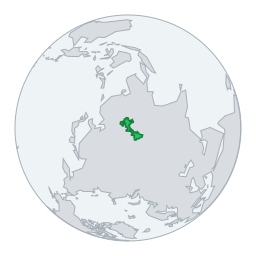 Gansu highlighted on a globe, orthographic projection, rotated 192°
{"feature_id": "CHN-1150", "entity_name": "Gansu", "entity_type": "Province", "adm_level": 1, "iso_a3": "CHN", "parent_name": "China", "parent_adm1": "", "projection": "orthographic", "projection_center": [103.309, 37.691], "detail": "medium", "context": "on_globe", "style": "filled", "palette": "green", "viewbox_px": 256, "rotation_deg": 192, "n_neighbors": 0, "source": "natural_earth", "source_scale": "10m", "svg_char_len": 12897}
<svg xmlns="http://www.w3.org/2000/svg" viewBox="0 0 256 256"><g transform="rotate(192 128 128)"><circle cx="128" cy="128" r="113" fill="#eef3f6" stroke="#a8b0b8"/><path d="M233.1,168.5L233.3,167.9L233.1,168.4L233.1,168.5ZM190.9,34.5L183.8,30.8L183.1,30.1L181.3,29.4L182.1,30.5L183.1,31.4L178.1,32.7L179.6,38.9L183.8,42.3L180.0,40.7L190.3,48.6L193.5,54.2L187.7,47.0L185.3,45.7L186.4,48.9L184.2,48.3L183.4,49.6L180.7,48.7L177.5,44.9L175.7,44.3L176.6,46.7L174.4,47.5L173.4,44.1L169.5,45.2L163.4,39.7L163.1,32.4L157.4,29.6L151.1,23.3L149.4,23.6L145.9,21.8L142.7,21.5L142.5,20.7L140.1,21.3L141.0,22.1L140.2,22.7L138.4,22.8L137.8,21.6L138.6,21.4L137.4,21.1L137.9,20.5L136.7,20.8L136.1,19.6L133.9,20.9L131.2,20.0L131.6,19.2L135.1,19.2L144.5,18.2L145.9,17.9L144.5,17.1L134.3,15.7L133.2,15.5L141.9,16.2L150.6,17.6L159.1,19.7L167.5,22.5L175.6,25.9L183.4,29.9L190.9,34.5ZM130.6,15.4L130.3,15.4L131.6,15.5L127.8,15.7L129.9,16.1L128.6,16.3L129.3,17.1L125.4,17.2L121.3,16.9L120.5,16.4L118.7,16.4L116.3,17.2L112.0,16.9L103.9,18.1L103.2,18.2L106.0,17.5L114.1,16.2L122.4,15.5L130.6,15.4ZM232.6,86.7L231.8,85.0L231.9,84.9L232.6,86.7ZM231.5,84.8L231.8,85.2L231.6,85.0L231.5,84.8ZM231.6,85.2L231.5,84.9L231.7,85.5L231.6,85.2ZM231.8,86.0L231.6,85.5L231.8,86.0ZM231.7,86.7L231.6,86.9L231.4,86.2L231.7,86.7ZM183.9,31.9L182.4,30.6L182.4,30.0L183.9,31.1L183.9,31.9ZM183.4,33.6L182.1,32.7L184.2,33.1L184.3,33.5L183.4,33.6ZM187.3,45.1L186.4,43.5L188.0,45.3L187.3,45.1ZM183.8,50.0L184.7,50.7L184.0,51.1L183.8,50.0ZM131.4,17.0L130.4,17.1L130.8,16.9L131.4,17.0ZM132.6,17.4L133.8,17.2L134.6,17.4L133.9,17.5L132.6,17.4ZM179.1,50.1L177.6,50.7L178.6,49.5L179.1,50.1ZM131.0,17.6L135.8,17.7L137.2,18.0L135.4,18.8L131.0,17.6ZM176.3,50.6L172.6,52.3L174.4,53.9L167.3,50.5L172.8,50.0L173.8,48.2L174.6,49.8L176.3,50.6ZM142.0,22.4L141.0,21.5L143.6,22.3L142.0,22.4ZM143.8,22.8L152.6,24.8L153.1,26.4L150.1,25.3L152.2,27.4L148.1,27.1L146.1,25.9L146.5,24.9L144.6,25.6L143.8,22.8ZM164.1,48.5L162.7,48.4L163.5,47.8L164.1,48.5ZM140.1,23.0L141.9,23.2L142.5,24.5L139.1,24.4L140.0,24.0L140.1,23.0ZM154.7,28.2L154.6,29.3L151.2,29.3L150.7,29.8L148.1,27.3L154.7,28.2ZM138.9,23.7L137.4,24.3L135.5,23.8L138.5,23.0L138.9,23.7ZM144.0,25.0L144.2,25.6L143.0,25.2L144.0,25.0ZM127.7,22.5L129.8,22.5L130.3,23.2L127.7,22.5ZM137.0,24.6L137.7,24.8L138.1,25.1L136.7,25.4L137.0,24.6ZM145.9,27.6L144.6,27.4L146.9,28.6L144.5,28.8L143.1,27.1L142.7,27.9L142.0,28.0L141.7,26.6L145.9,27.6ZM136.6,26.7L134.1,25.0L130.2,24.7L129.6,24.0L136.0,24.6L136.6,26.7ZM139.6,26.8L137.6,26.6L137.9,25.8L139.5,25.4L139.6,26.8ZM143.3,29.6L147.3,29.6L147.5,30.0L143.3,29.6ZM135.4,26.8L136.0,27.2L135.1,26.8L135.4,26.8ZM140.8,28.8L142.2,28.8L142.4,29.2L140.8,28.8ZM136.1,28.2L135.3,27.6L136.3,27.3L136.1,28.2ZM138.2,28.6L138.1,29.2L137.2,27.6L138.8,28.5L138.2,28.6ZM140.7,29.2L141.3,29.5L140.1,29.2L140.7,29.2ZM132.6,29.8L131.3,27.8L133.6,27.1L134.6,29.1L132.6,29.8ZM38.7,59.3L41.7,57.5L39.3,61.6L38.7,70.3L38.0,72.4L34.5,75.5L31.2,89.1L34.3,87.9L34.9,98.2L37.5,102.8L44.7,96.2L40.5,88.5L43.2,83.2L49.5,86.0L53.7,93.3L54.9,91.5L55.2,83.9L59.2,82.9L55.6,81.2L54.8,83.9L52.6,83.0L53.2,80.5L54.6,80.1L54.1,77.4L47.6,80.3L46.1,83.3L43.2,78.9L40.4,83.7L38.5,83.9L42.5,76.0L44.4,74.3L49.4,64.0L47.1,65.4L42.3,75.2L42.4,73.4L39.3,75.8L41.8,72.6L47.7,61.9L47.0,58.2L40.9,60.0L41.6,57.8L44.6,53.7L52.0,47.8L49.7,53.5L52.3,51.9L57.2,47.1L56.1,49.4L57.8,48.3L57.4,50.4L61.1,50.5L61.3,52.6L67.0,50.0L67.9,50.9L64.3,52.1L61.9,54.2L62.9,59.9L64.3,60.3L68.0,58.2L67.8,60.3L71.2,57.6L73.9,60.2L73.4,54.9L77.7,52.9L81.6,53.2L83.0,51.7L76.6,51.3L74.1,52.0L72.1,54.0L65.2,55.7L64.0,54.4L70.9,49.4L69.8,47.2L75.6,44.6L89.3,46.8L92.9,49.3L89.8,58.0L86.5,58.4L86.0,55.5L82.5,60.2L84.7,58.8L84.6,60.7L88.6,59.5L88.7,60.8L92.4,57.7L93.0,59.1L90.6,61.0L97.1,61.0L99.4,63.7L100.8,63.1L101.7,61.7L104.0,66.4L105.0,65.8L104.6,64.0L106.2,61.7L109.9,59.5L110.5,61.2L109.3,62.2L107.5,67.1L104.0,69.8L104.6,70.3L107.8,68.5L110.0,62.4L112.1,60.7L111.5,63.5L111.9,62.3L113.1,62.0L114.9,63.4L115.7,60.3L128.4,55.6L133.2,58.1L131.3,60.9L140.8,60.4L145.4,63.8L145.0,62.1L149.3,61.0L147.9,59.9L148.1,59.0L158.5,56.5L161.4,57.5L165.5,55.0L165.3,54.2L163.3,53.3L167.3,50.5L174.4,53.9L174.5,55.6L178.8,56.9L178.4,60.5L180.0,64.4L177.1,68.1L178.7,71.0L180.2,71.2L183.5,75.6L185.0,84.5L177.0,76.4L173.5,64.2L174.4,68.9L172.2,67.7L171.2,69.3L172.0,72.9L173.4,73.4L164.4,79.1L162.3,89.0L167.3,88.1L170.5,90.7L172.5,102.6L163.5,119.3L167.8,124.1L168.1,127.5L164.6,129.9L164.0,125.0L160.3,123.4L160.6,120.5L154.7,123.1L154.8,119.0L150.2,123.3L152.1,126.5L157.2,125.5L153.2,131.3L158.6,136.7L159.3,143.4L150.6,155.5L141.6,159.1L141.1,161.1L137.5,158.7L132.8,162.6L139.5,173.9L139.3,177.1L131.6,182.7L131.4,180.5L121.9,174.2L120.1,181.5L127.3,188.0L129.8,194.8L124.2,192.5L121.7,186.3L118.3,183.9L119.3,177.6L116.5,167.6L110.8,168.7L111.3,164.8L106.6,155.6L98.5,156.8L85.7,164.6L83.9,174.1L79.5,177.1L74.2,160.9L74.5,150.7L70.9,150.3L66.9,139.4L55.1,132.5L54.9,129.3L52.4,129.0L49.8,124.0L50.0,118.9L47.7,117.4L47.5,130.9L50.1,132.6L54.3,130.5L53.5,134.7L56.3,140.4L48.0,145.6L33.0,142.3L34.0,134.6L35.4,108.2L36.7,106.4L36.9,106.2L37.0,105.7L34.6,108.1L35.7,103.2L32.3,120.1L30.6,126.3L32.7,142.5L31.9,143.0L33.4,147.0L41.0,150.7L40.5,153.0L35.3,160.3L27.0,165.2L29.6,175.5L31.4,182.5L29.4,181.9L32.8,188.1L32.5,187.7L28.5,180.8L25.0,173.5L22.0,166.1L19.5,158.4L17.6,150.6L16.3,142.6L15.6,134.6L15.4,126.6L15.8,118.5L16.7,110.5L18.3,102.6L20.3,94.9L23.0,87.3L26.2,79.9L29.9,72.7L34.1,65.9L38.7,59.3ZM36.5,62.4L35.5,63.8L36.5,62.4ZM55.7,105.6L59.9,109.8L62.4,102.9L64.2,104.0L64.4,101.3L62.5,102.4L63.6,95.5L67.0,95.7L68.8,93.1L67.4,91.6L61.0,92.4L59.4,102.1L56.6,103.3L55.7,105.6ZM103.8,18.0L103.1,18.2L103.8,18.0ZM67.8,40.8L66.2,42.4L64.3,43.0L64.0,41.1L66.9,40.1L67.8,40.8ZM64.4,44.6L71.3,40.6L71.7,41.8L70.3,41.7L69.9,43.0L67.5,43.2L61.2,48.7L59.1,49.6L59.8,45.1L60.7,46.0L62.3,44.3L64.4,44.6ZM88.2,30.5L91.2,29.5L88.2,33.4L85.8,34.0L85.4,32.0L88.0,30.1L88.2,30.5ZM126.9,19.3L128.2,19.1L128.4,19.3L127.4,19.7L126.9,19.3ZM128.7,22.5L121.2,20.6L122.4,20.2L116.7,19.9L117.5,18.8L121.2,19.0L117.5,18.1L121.1,17.9L118.3,17.5L126.4,18.0L129.6,17.9L125.8,18.3L124.9,19.3L125.5,19.6L129.5,20.8L135.8,21.4L136.0,22.7L134.5,23.4L133.0,23.4L133.3,22.6L131.1,23.2L130.5,22.0L128.7,22.5ZM116.2,34.7L117.2,33.1L112.6,35.4L111.9,33.7L111.5,34.1L109.6,33.3L106.4,33.0L106.7,32.1L105.3,32.4L104.1,32.0L102.3,32.1L102.1,30.8L100.0,30.9L101.1,30.2L97.5,30.8L100.1,29.7L98.7,29.2L96.9,30.5L99.9,24.0L99.2,22.6L97.2,22.0L101.9,20.7L106.8,20.4L111.1,21.2L111.2,23.0L113.3,22.2L113.9,22.9L112.0,23.2L115.4,23.1L115.4,23.8L119.2,25.3L124.1,25.1L125.7,25.7L123.8,26.2L126.6,26.6L124.1,27.9L125.1,28.5L123.6,30.6L119.3,31.4L120.8,31.9L119.7,33.7L116.2,34.7ZM132.1,30.4L127.1,31.4L124.3,31.1L128.1,27.6L127.5,27.0L129.8,25.0L133.8,25.6L132.8,26.1L132.7,26.7L131.5,26.3L132.4,27.1L131.0,27.8L131.4,28.7L129.7,28.7L132.1,30.4ZM39.4,72.3L39.3,73.5L39.6,74.9L37.6,76.6L39.4,72.3ZM43.3,64.9L43.5,65.6L40.9,68.3L41.0,67.2L43.3,64.9ZM45.8,63.8L43.7,65.4L44.9,63.8L45.8,63.8ZM64.7,52.7L65.2,53.4L64.4,54.0L63.1,54.3L64.7,52.7ZM102.4,42.3L103.4,41.1L104.1,41.2L107.8,39.7L108.6,41.0L106.6,42.4L102.4,42.3ZM42.7,96.3L40.7,96.5L40.8,95.0L41.5,95.3L42.7,96.3ZM38.0,86.1L38.0,89.4L37.5,86.5L38.0,86.1ZM103.8,43.4L105.3,42.6L104.8,43.7L103.8,43.4ZM109.3,41.8L109.1,43.1L109.1,41.0L109.3,41.8ZM41.4,191.6L43.1,200.3L40.2,197.6L37.5,193.3L35.4,187.1L38.1,188.1L38.7,186.1L41.4,191.6ZM158.0,208.2L161.3,208.1L161.2,208.5L158.0,208.2ZM154.5,207.3L158.3,207.0L153.8,208.1L154.5,207.3ZM159.8,206.9L163.7,205.6L165.4,204.8L165.1,205.6L159.8,206.9ZM151.9,207.5L137.7,208.0L132.0,207.0L133.4,205.6L142.5,205.9L151.9,207.5ZM132.9,205.5L124.3,201.1L112.4,187.4L116.6,188.1L129.0,196.7L128.3,198.0L133.5,201.4L132.9,205.5ZM153.8,197.3L153.0,201.2L145.1,201.3L141.5,200.8L139.1,195.9L140.5,193.3L143.4,193.3L154.7,183.6L158.7,185.5L155.2,189.7L158.5,192.9L153.8,197.3ZM84.3,175.2L86.7,181.5L84.3,181.8L84.3,175.2ZM159.2,176.6L154.7,181.2L158.8,175.3L159.2,176.6ZM161.6,171.1L161.9,173.2L160.1,171.3L161.6,171.1ZM141.1,164.2L138.0,164.7L137.8,163.1L141.8,161.5L141.1,164.2ZM159.8,149.1L159.9,153.9L159.3,155.6L157.8,152.8L159.8,149.1ZM112.6,54.8L106.5,55.4L102.7,57.0L101.3,59.7L100.6,56.4L106.6,53.8L112.6,54.8ZM126.4,55.2L127.6,53.1L128.8,54.1L128.7,54.7L126.4,55.2ZM125.9,53.9L124.0,51.4L125.8,50.3L126.9,52.5L125.9,53.9ZM113.7,46.9L111.9,46.9L112.3,46.0L113.7,46.9ZM183.4,226.1L184.5,225.3L188.2,223.2L186.3,224.4L183.4,226.1ZM173.1,226.4L151.4,233.7L146.9,233.9L148.6,232.4L145.6,228.1L147.1,228.1L146.8,224.7L160.0,219.8L169.6,211.6L176.2,210.7L181.7,204.3L188.3,202.7L186.0,207.4L192.4,207.6L198.0,196.9L200.8,204.5L204.7,205.1L204.4,208.8L193.1,219.7L187.7,223.3L187.2,223.3L184.8,224.8L181.8,226.0L181.2,225.0L178.8,226.3L181.6,224.1L177.9,226.5L176.8,225.8L173.1,226.4ZM220.3,190.3L220.9,189.7L221.6,189.8L220.6,190.8L220.3,190.3ZM231.5,172.3L230.9,173.7L231.5,172.3ZM233.1,168.6L232.4,170.3L233.3,167.9L233.1,168.6ZM225.3,181.5L225.5,181.7L225.2,182.2L225.3,181.5ZM225.0,181.7L225.7,180.4L225.4,181.3L225.0,181.7ZM222.2,180.2L222.8,179.3L222.9,179.5L222.2,180.2ZM166.2,207.5L170.9,203.9L173.4,203.2L166.2,207.5ZM221.6,179.7L220.4,180.6L220.6,179.9L221.6,179.7ZM221.8,178.4L221.8,177.7L222.4,178.9L221.8,178.4ZM219.6,178.5L221.0,178.7L219.4,178.8L219.6,178.5ZM218.6,179.3L217.5,179.5L217.6,179.2L218.6,179.3ZM205.2,187.9L209.5,190.2L205.9,191.9L201.9,191.0L198.4,195.0L190.8,197.3L192.7,195.1L191.7,192.8L183.6,194.1L182.0,192.7L184.9,190.8L179.5,190.7L185.5,188.4L187.8,191.4L191.2,187.6L196.8,186.5L202.1,185.6L206.3,186.4L205.2,187.9ZM185.4,196.4L186.4,196.1L185.4,197.4L185.4,196.4ZM215.4,179.0L217.0,179.6L216.8,180.1L216.0,180.4L215.4,179.0ZM207.3,185.4L211.8,180.2L212.8,179.7L209.8,184.6L207.3,185.4ZM210.8,178.9L212.8,178.2L213.8,179.3L213.4,180.0L210.8,178.9ZM173.2,195.8L172.9,196.9L171.4,196.4L173.2,195.8ZM175.2,194.8L179.9,194.9L174.8,195.8L175.2,194.8ZM160.7,193.5L162.1,195.8L166.6,193.7L163.2,196.3L166.1,199.8L165.1,201.4L162.1,197.6L161.0,202.1L159.0,202.2L158.0,198.7L160.0,193.8L162.0,191.6L170.1,189.7L160.7,193.5ZM175.2,191.9L174.0,189.3L174.9,187.2L176.3,188.4L175.2,191.9ZM170.2,182.8L166.7,179.8L163.7,181.6L169.8,175.8L172.1,179.6L170.2,182.8ZM167.1,175.5L164.3,177.1L167.2,173.8L167.1,175.5ZM163.5,176.0L163.1,173.5L165.4,173.6L163.5,176.0ZM168.6,175.4L169.0,171.0L170.3,173.4L168.6,175.4ZM162.0,167.9L167.0,171.5L160.6,170.5L160.0,162.0L162.7,161.5L162.0,167.9ZM175.0,130.2L174.1,127.7L176.5,126.6L176.4,128.6L175.0,130.2ZM183.4,121.7L176.8,125.6L171.4,128.9L173.3,129.8L172.4,134.5L169.4,130.8L172.9,125.3L177.1,123.5L177.3,119.7L180.2,116.6L179.0,112.1L180.1,109.8L182.4,113.4L183.4,121.7ZM178.3,110.2L177.3,102.0L181.9,102.2L183.1,104.0L181.7,107.6L179.3,107.3L178.3,110.2ZM178.4,100.2L176.1,99.9L169.8,88.8L169.6,86.6L176.8,94.7L175.1,94.9L175.8,97.7L178.4,100.2ZM163.3,49.3L162.8,48.5L164.0,49.0L163.3,49.3ZM147.2,58.4L147.6,57.3L149.0,57.8L147.2,58.4ZM149.5,54.6L147.6,54.8L149.3,53.9L149.5,54.6ZM143.4,55.4L146.7,54.5L143.9,56.4L143.4,55.4Z" fill="#d9dde1" stroke="#a8b0b8" stroke-width="1"/><path d="M118.0,117.7L119.2,117.7L120.0,120.0L119.7,120.4L120.6,121.5L120.4,122.2L121.0,122.2L121.8,121.7L123.2,121.7L123.3,122.2L122.2,123.6L122.7,123.6L123.7,124.5L124.2,124.6L124.3,125.1L124.8,125.4L125.0,125.9L125.7,126.0L126.0,125.7L125.7,125.2L126.6,125.0L127.5,125.2L128.2,124.7L129.1,124.6L129.4,125.4L128.9,126.1L128.2,126.6L128.3,127.1L128.1,127.2L128.2,127.7L129.5,128.6L130.2,128.5L130.1,128.9L130.4,128.9L130.9,129.4L131.4,130.8L131.2,131.4L131.4,131.8L131.9,131.8L132.0,132.3L132.4,132.3L132.1,132.4L132.6,132.4L132.9,132.7L133.1,132.4L133.0,132.1L133.0,131.8L133.7,131.6L133.8,131.0L133.0,130.7L132.9,130.3L133.3,129.7L133.2,128.9L133.4,128.9L134.2,129.0L134.2,129.4L136.5,130.4L136.5,131.1L136.2,131.3L136.5,132.3L135.5,132.7L135.1,132.5L135.3,133.1L135.1,133.2L134.3,133.4L133.8,133.0L133.1,133.1L133.2,133.6L132.9,134.0L133.5,134.4L133.5,134.6L133.2,134.6L133.3,134.9L133.1,135.3L133.3,136.0L132.4,135.9L132.1,136.2L132.0,136.5L132.3,136.7L132.3,137.2L131.5,137.4L131.5,137.7L131.2,137.9L130.2,137.9L129.6,137.5L129.8,137.1L129.6,136.7L129.8,136.6L129.4,136.0L128.4,135.8L128.4,135.6L127.9,135.7L127.7,135.0L127.4,134.7L126.1,135.4L126.6,136.3L125.6,137.0L125.7,136.1L125.2,136.2L125.1,135.8L124.5,135.9L123.9,134.7L124.2,134.4L125.5,135.1L126.1,134.7L126.1,134.3L125.5,133.8L126.5,132.9L126.4,132.5L127.0,132.3L127.0,131.6L127.5,131.6L127.4,131.2L127.6,130.9L127.2,130.7L126.9,130.0L127.0,129.8L126.7,129.4L126.8,129.0L126.0,128.4L125.9,127.9L125.6,128.3L123.1,126.4L123.1,126.9L122.6,126.6L121.5,125.3L121.1,125.1L120.8,125.3L120.4,125.2L120.0,125.6L119.0,124.8L118.4,124.7L118.2,126.4L116.9,125.6L115.9,124.6L114.1,124.1L112.3,124.3L112.4,123.7L112.2,122.8L112.5,122.4L112.6,121.7L113.5,121.6L115.2,119.8L115.9,119.4L117.1,119.4L117.4,119.1L117.5,118.0L118.0,117.7Z" fill="#22c55e" stroke="#15803d" stroke-width="1.5"/></g></svg>